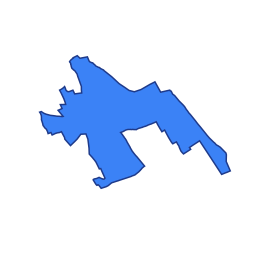 outline of Kaua, Yucatán, Mexico, rotated 240°
{"feature_id": "50627088B46621224657195", "entity_name": "Kaua", "entity_type": "district", "adm_level": 2, "iso_a3": "MEX", "parent_name": "Mexico", "parent_adm1": "Yucatán", "projection": "mercator", "projection_center": [-88.435, 20.599], "detail": "fine", "context": "isolated", "style": "filled", "palette": "blue", "viewbox_px": 256, "rotation_deg": 240, "n_neighbors": 0, "source": "geoboundaries", "source_scale": "gbopen_adm2", "svg_char_len": 4926}
<svg xmlns="http://www.w3.org/2000/svg" viewBox="0 0 256 256"><g transform="rotate(240 128 128)"><path d="M185.9,59.4L184.2,59.5L182.0,59.1L180.2,58.2L179.1,57.6L178.5,57.2L177.6,57.0L176.6,56.8L175.8,56.6L174.4,56.3L173.0,55.8L172.3,55.7L171.7,55.9L170.7,55.9L169.3,56.1L168.5,56.4L167.7,56.7L165.2,56.5L163.1,56.0L162.6,59.0L159.9,58.8L159.9,59.2L159.8,59.5L159.6,62.3L159.2,64.2L158.3,66.5L158.1,68.5L151.6,68.3L149.9,67.7L141.5,69.4L143.0,75.4L143.4,76.8L143.8,78.3L146.2,84.0L145.7,85.0L143.9,88.6L138.4,87.7L130.1,84.2L124.8,81.4L120.2,82.4L117.6,82.8L117.3,82.9L114.5,83.2L111.3,83.0L111.2,83.0L106.9,82.7L106.5,84.1L102.2,83.6L96.1,83.0L95.8,82.3L95.8,81.6L96.1,81.0L96.9,80.3L97.7,79.6L98.1,79.4L98.6,79.0L99.1,78.6L99.7,78.3L99.9,76.4L100.0,75.5L100.5,74.0L100.7,73.4L100.8,72.3L100.5,71.9L96.5,72.0L95.0,72.1L93.9,72.4L93.8,72.7L94.0,73.1L93.8,73.7L92.5,74.2L89.2,74.6L88.1,79.7L88.0,81.3L88.0,82.2L88.7,86.4L84.5,106.4L84.4,108.0L84.2,108.8L84.1,109.3L84.1,109.5L84.0,110.0L83.9,110.5L84.0,110.9L84.0,111.3L84.1,111.6L84.2,112.6L84.5,114.2L84.5,114.6L84.8,116.0L85.0,116.5L85.2,117.5L85.4,117.9L85.6,118.5L85.7,119.0L86.0,119.6L86.3,120.6L86.4,121.3L86.7,122.9L86.7,123.3L98.8,121.3L100.3,120.9L102.7,120.5L105.0,120.2L105.3,120.2L105.7,120.2L106.2,120.0L106.6,120.0L106.9,120.1L107.6,120.1L108.1,120.1L108.5,120.1L109.2,120.0L110.0,120.2L110.7,120.2L111.4,120.2L112.0,120.2L112.4,120.2L112.8,120.2L113.2,120.2L113.9,120.2L114.6,120.2L114.8,120.2L115.2,120.2L115.6,120.2L116.2,120.2L117.5,120.3L118.3,120.4L118.8,120.3L119.4,120.3L120.1,120.3L120.7,120.2L121.2,120.1L121.9,120.0L122.3,120.1L123.3,120.0L124.1,119.8L124.4,119.9L125.2,119.8L125.6,119.7L125.9,119.7L126.6,119.6L126.9,119.6L127.2,119.5L127.8,119.4L127.7,119.8L127.6,120.4L127.4,121.5L127.4,121.9L127.4,122.4L127.4,122.7L127.3,123.5L127.4,124.3L127.3,125.1L127.3,125.3L127.1,126.0L127.0,126.5L126.6,127.5L126.3,128.0L125.9,128.7L125.7,129.1L125.4,129.6L125.1,129.9L124.8,130.5L124.6,130.8L124.5,131.2L124.4,131.4L124.3,131.6L124.0,131.9L123.7,132.3L123.5,132.6L123.1,133.4L123.0,133.6L122.7,133.9L122.5,134.2L122.4,134.4L122.4,134.6L122.5,135.5L122.5,135.8L122.4,136.4L122.3,137.3L122.2,137.7L122.1,138.2L122.0,138.5L121.9,138.7L121.7,139.7L121.6,140.3L121.4,140.7L121.4,141.1L121.4,141.4L121.3,141.8L121.2,142.3L121.1,143.0L120.8,143.9L120.7,144.4L120.7,144.8L120.6,145.2L120.5,146.2L120.5,146.7L120.5,147.1L120.3,148.0L120.2,148.8L120.1,149.2L120.0,149.5L119.9,150.0L119.8,150.5L119.8,151.1L119.6,152.5L119.4,154.0L119.3,155.5L118.7,155.5L117.0,155.5L116.7,155.4L115.0,155.4L114.7,155.4L113.6,155.4L112.6,155.4L111.7,155.4L107.8,155.5L107.8,156.0L107.9,158.7L102.9,158.5L99.2,158.4L94.3,158.5L92.0,158.8L91.9,159.1L91.9,160.7L91.8,162.0L91.7,163.0L89.0,162.9L87.2,163.1L85.3,162.7L81.6,162.3L79.8,162.6L77.8,163.1L78.2,171.6L80.4,171.5L80.5,173.6L80.6,174.6L80.7,176.1L81.1,183.6L60.8,184.8L41.0,185.9L40.9,186.7L40.6,188.8L40.3,190.9L40.2,191.1L40.0,192.7L39.7,195.1L49.9,196.3L55.6,199.8L57.4,200.3L65.2,198.3L67.6,197.1L69.2,196.1L70.6,195.8L71.7,195.6L72.9,195.1L78.6,193.5L82.2,192.8L84.4,192.5L86.2,192.2L86.3,192.2L92.7,191.2L96.5,190.5L97.4,190.4L98.6,190.2L98.8,190.2L100.5,190.0L108.8,188.7L110.2,188.3L113.7,188.0L114.6,187.8L118.2,187.7L120.6,187.2L125.7,185.8L132.8,184.6L135.0,183.6L138.3,183.8L139.2,183.1L139.9,183.1L142.7,174.2L153.9,174.4L154.5,174.4L154.5,173.7L154.8,169.0L154.8,158.5L156.2,151.6L160.0,147.7L164.8,145.5L167.2,144.3L170.8,142.5L180.3,139.6L186.7,137.1L187.7,136.7L189.7,135.9L190.2,135.9L190.7,135.7L191.3,135.2L191.8,134.9L192.2,134.7L192.8,134.2L193.1,134.0L193.6,133.8L194.3,133.7L195.1,133.1L195.3,132.7L196.0,132.3L197.9,131.1L198.1,131.0L198.8,130.9L199.2,130.9L199.5,130.8L199.9,130.7L200.3,130.4L200.6,130.3L200.9,130.2L201.6,130.1L201.8,130.1L202.1,130.0L202.3,129.7L202.5,129.4L203.0,129.0L203.6,128.6L203.9,128.3L204.2,128.1L205.5,127.8L209.9,128.4L212.4,121.3L216.0,120.2L216.3,115.6L215.9,115.6L215.8,115.1L215.8,114.6L215.8,114.3L215.7,113.7L215.6,113.0L215.4,112.4L215.3,112.0L215.1,111.6L215.0,111.3L214.8,110.8L214.6,110.5L214.2,110.5L213.3,110.7L212.8,110.6L212.5,110.6L211.9,110.4L211.5,110.1L211.2,110.1L210.9,110.1L209.6,109.6L209.1,109.5L208.6,109.4L208.3,109.3L207.9,109.3L207.5,109.3L207.1,109.5L206.4,109.7L205.9,109.8L205.3,110.0L205.1,110.1L204.6,110.4L204.2,110.5L203.9,110.6L200.2,110.9L197.4,110.2L196.6,110.1L187.3,108.4L184.3,106.7L181.5,105.4L184.2,98.9L188.3,99.2L189.0,95.0L189.7,94.0L190.9,93.4L192.2,93.2L193.2,93.5L194.4,93.7L195.6,93.8L195.2,92.3L195.1,91.5L195.0,90.6L194.9,89.7L195.0,88.4L195.0,87.7L191.8,87.6L189.4,87.4L187.0,87.2L184.9,87.0L184.0,86.8L181.6,86.4L179.6,85.8L181.5,82.2L181.8,81.8L181.9,81.5L182.0,81.3L182.1,81.1L178.5,80.7L177.8,80.6L178.3,76.3L170.5,77.6L170.9,76.5L172.0,75.1L172.8,73.9L173.7,72.4L175.0,70.8L176.1,69.4L177.7,67.2L179.4,65.5L181.0,63.9L183.0,62.4L185.6,61.1L185.9,59.4Z" fill="#3b82f6" stroke="#1e3a8a" stroke-width="1.5"/></g></svg>